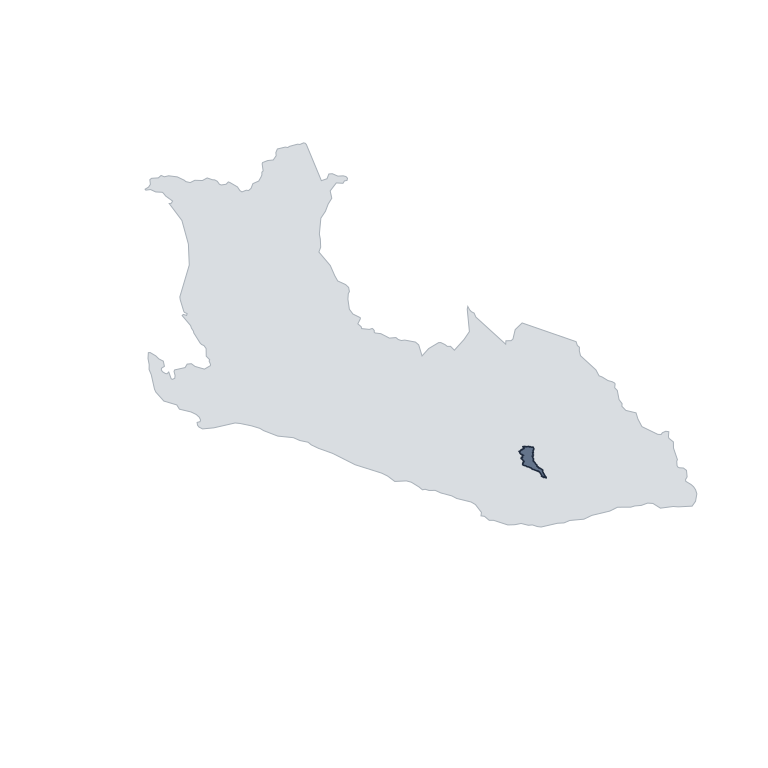 location of Andahuaylas, Apurímac, Peru, rotated 312°
{"feature_id": "86281439B76349531023919", "entity_name": "Andahuaylas", "entity_type": "district", "adm_level": 2, "iso_a3": "PER", "parent_name": "Peru", "parent_adm1": "Apurímac", "projection": "equal_earth", "projection_center": [-73.404, -13.978], "detail": "fine", "context": "in_parent", "style": "filled", "palette": "slate", "viewbox_px": 768, "rotation_deg": 312, "n_neighbors": 0, "source": "geoboundaries", "source_scale": "gbopen_adm2", "svg_char_len": 8304}
<svg xmlns="http://www.w3.org/2000/svg" viewBox="0 0 768 768"><g transform="rotate(312 384 384)"><path d="M512.7,216.9L512.5,219.2L510.5,220.3L508.5,218.7L505.7,219.2L501.5,214.0L491.5,214.8L487.1,220.9L480.4,222.1L473.2,224.9L465.0,226.1L452.1,235.7L449.1,239.7L443.3,245.4L438.5,247.3L436.1,264.8L431.5,275.0L429.6,280.6L432.2,289.0L432.1,293.1L429.5,296.5L427.4,296.9L422.9,300.4L416.4,308.2L415.2,314.1L417.4,321.9L416.6,322.8L411.2,324.3L411.3,328.7L410.2,330.3L414.8,336.6L417.4,338.1L417.5,339.6L417.1,341.2L416.0,341.9L416.0,343.3L419.3,348.0L421.7,357.3L426.5,361.8L426.6,364.8L427.9,367.8L430.5,370.0L436.2,379.3L436.3,383.6L430.3,393.5L440.3,393.5L451.3,396.9L452.8,398.5L454.1,402.9L454.3,405.9L456.5,408.2L456.2,413.7L470.7,413.7L480.1,412.4L495.3,395.8L497.7,394.4L496.4,398.0L496.2,400.6L497.0,403.5L495.2,407.5L495.0,447.8L497.7,445.7L501.3,449.5L503.8,449.7L512.2,445.1L521.8,445.8L544.0,498.4L542.0,501.9L542.1,504.6L539.4,506.9L536.5,511.1L536.3,532.0L534.0,538.3L535.2,541.5L536.4,548.1L538.4,552.1L539.0,554.7L538.7,555.7L535.6,557.9L535.3,561.7L529.7,569.1L528.7,574.1L526.6,575.7L526.2,581.4L531.2,590.6L527.9,596.1L524.9,604.2L529.8,621.2L531.9,623.7L534.1,623.5L537.4,625.0L539.1,627.6L535.0,630.8L534.3,632.2L534.6,637.8L530.1,642.0L524.1,652.7L522.5,653.2L519.4,656.4L518.9,658.0L519.4,659.6L521.9,662.7L522.2,666.6L517.8,671.4L514.8,672.0L513.6,673.3L514.8,679.8L514.8,682.8L513.9,686.3L511.7,690.0L505.3,694.0L499.4,694.7L489.6,684.9L486.5,680.9L476.7,672.5L475.2,663.8L471.9,659.6L465.9,656.4L461.1,651.9L457.6,649.8L448.7,640.0L440.6,636.8L425.5,626.4L417.3,623.0L406.8,613.3L401.2,610.7L396.6,606.1L382.9,596.5L380.7,593.4L378.6,588.6L375.6,585.8L372.1,579.2L367.0,575.4L362.1,570.3L356.0,556.6L353.1,553.4L352.9,547.2L350.9,544.3L353.8,542.3L355.6,532.6L354.6,527.7L347.6,514.7L346.2,509.2L341.1,499.2L339.2,493.2L335.1,488.8L333.3,485.0L331.1,483.4L330.9,478.8L329.3,470.0L327.0,465.5L318.8,457.2L318.0,448.2L316.2,441.9L304.7,416.6L298.0,392.1L292.4,378.5L290.1,370.7L289.9,366.5L285.7,359.3L283.5,352.6L274.2,339.9L268.8,325.7L268.0,321.5L264.3,313.6L258.4,303.5L255.4,299.4L237.6,286.9L229.2,279.2L228.2,275.3L228.6,273.0L230.4,270.8L232.9,272.5L234.5,271.8L235.7,269.0L235.7,264.8L234.1,259.3L228.4,248.8L229.8,244.0L224.0,231.8L225.3,219.9L226.6,216.9L235.2,204.8L237.6,199.7L241.3,196.5L245.0,191.6L249.6,187.9L250.9,189.2L252.2,195.6L252.0,199.9L253.3,204.7L250.2,209.0L246.8,208.1L245.4,209.2L244.9,211.2L245.5,214.5L246.4,215.9L248.9,216.0L245.5,222.3L245.8,223.6L248.2,224.7L250.5,223.1L252.9,219.5L254.4,219.0L263.1,225.2L267.1,224.4L270.2,227.3L270.6,231.8L274.9,240.6L281.4,242.7L282.5,242.0L284.0,238.7L285.4,238.2L285.7,233.3L291.3,228.1L292.1,224.5L291.3,222.0L291.4,220.0L294.7,208.4L295.7,207.2L296.7,203.5L298.0,201.2L299.8,188.2L301.4,188.3L302.9,191.4L304.6,190.6L303.7,187.7L304.0,186.6L310.2,176.3L312.1,174.0L342.1,159.7L357.1,145.0L370.3,124.4L374.4,103.6L375.9,105.0L378.5,104.5L377.6,96.1L378.2,92.1L378.1,90.9L374.0,85.9L372.3,80.4L368.7,77.3L368.9,76.1L372.7,77.3L376.1,76.8L379.1,73.3L381.3,73.6L386.2,78.4L389.8,78.8L391.0,82.1L394.6,84.6L399.6,91.8L401.9,99.6L401.7,101.1L404.0,105.2L408.8,107.1L413.7,112.9L418.8,114.7L421.0,119.9L422.4,121.6L423.1,124.5L422.3,128.0L423.0,129.9L426.8,133.0L430.0,133.1L430.6,134.6L432.4,143.2L431.3,147.5L431.7,149.9L435.9,152.0L437.1,153.9L440.4,154.3L445.2,152.5L451.0,155.1L455.5,154.1L457.6,153.4L459.7,151.5L461.5,151.6L466.1,146.1L467.4,145.6L472.3,148.1L476.4,151.8L481.5,151.1L483.6,148.8L487.3,147.5L494.0,152.1L495.4,154.3L497.3,154.7L504.4,159.3L505.7,161.2L509.4,162.9L510.2,164.4L510.0,166.1L493.2,201.4L498.4,204.3L503.2,202.5L505.7,204.9L507.6,210.6L511.4,214.4L512.7,216.9Z" fill="#d9dde1" stroke="#a8b0b8" stroke-width="1"/><path d="M431.5,530.2L431.4,530.3L431.3,530.5L431.1,530.4L431.0,530.2L430.8,530.1L430.9,529.8L430.7,529.6L430.8,529.4L430.6,529.2L430.4,529.1L430.2,529.4L430.3,529.8L430.1,530.0L430.0,530.3L429.9,530.4L430.0,530.6L430.0,530.9L429.7,531.3L429.5,531.2L429.4,531.1L429.4,530.9L429.0,531.0L428.7,530.8L428.4,530.6L428.2,530.6L427.9,530.5L427.9,530.3L427.7,530.3L427.6,530.5L427.4,530.6L427.2,530.6L427.1,530.4L427.2,530.2L426.9,530.1L426.8,529.9L426.3,530.0L426.1,530.1L425.8,530.1L425.4,530.2L425.2,529.9L425.0,530.0L424.9,530.0L424.7,530.0L424.7,529.8L424.6,529.7L424.4,529.8L424.3,529.7L424.2,530.2L423.9,530.6L423.9,530.9L423.8,531.0L423.6,531.2L423.6,531.4L423.7,531.5L423.6,532.1L423.4,532.3L423.4,532.5L423.5,532.9L423.7,533.3L424.0,533.6L424.0,533.8L424.0,534.2L424.0,534.4L424.1,534.6L424.1,534.8L424.2,535.1L423.6,534.9L423.2,534.7L423.0,534.9L422.9,535.1L423.0,535.3L422.7,535.4L422.7,535.5L422.2,536.0L421.9,535.7L421.7,535.8L421.5,535.6L421.4,535.6L421.2,535.3L421.0,535.5L420.9,535.7L420.8,535.8L420.7,535.8L420.6,535.7L420.3,535.8L420.3,536.0L420.4,536.5L420.6,537.0L420.6,537.4L420.4,537.6L420.3,538.6L420.1,538.8L420.1,539.0L420.1,539.3L420.1,539.5L420.3,539.7L420.3,539.8L420.2,539.9L419.9,539.9L419.7,540.1L419.4,540.0L419.2,540.0L419.0,539.9L418.9,539.8L418.6,539.9L418.7,540.0L418.4,540.2L418.3,540.3L418.1,540.5L417.8,540.6L417.5,540.5L417.2,540.8L417.2,540.7L416.8,541.0L416.9,541.5L416.9,541.9L417.0,542.1L417.1,542.3L417.2,542.8L417.4,543.0L417.5,543.2L417.6,543.4L418.0,543.8L418.1,544.1L418.1,544.4L418.1,544.8L418.1,545.1L418.2,545.3L418.3,545.6L418.3,545.8L418.5,546.1L418.9,546.4L419.0,546.6L419.1,546.8L419.1,547.0L419.3,547.4L419.4,547.7L419.4,548.2L419.7,548.5L419.8,548.8L419.8,549.0L419.9,549.3L419.9,549.5L420.0,549.5L420.0,549.8L419.9,549.9L420.0,550.3L419.9,550.4L419.8,550.6L420.0,550.9L420.1,551.3L420.1,551.6L420.2,551.8L420.2,552.0L420.3,552.1L420.7,552.6L420.8,552.7L420.8,552.8L420.9,553.0L420.9,553.4L421.0,553.5L421.0,553.8L421.1,554.0L421.3,554.5L421.5,554.9L421.6,555.4L421.8,555.6L421.8,555.8L421.9,556.0L422.0,556.1L422.1,556.3L422.3,556.4L422.2,556.6L422.4,556.7L422.4,557.0L422.5,557.1L422.5,557.3L422.4,557.4L422.5,557.5L422.5,557.9L422.7,558.0L422.6,558.9L422.6,559.1L422.5,559.4L422.4,559.6L422.3,559.8L422.1,560.9L422.1,561.0L421.9,561.3L421.7,561.6L421.6,562.1L421.6,562.5L421.5,562.8L421.1,563.0L420.9,563.0L421.0,563.3L421.1,563.5L421.1,563.9L421.2,564.3L421.3,564.5L421.7,564.6L421.7,564.9L421.6,565.2L421.8,565.2L421.9,565.3L422.1,565.5L422.1,565.9L422.1,566.0L422.4,566.2L422.4,566.3L422.5,566.9L422.7,567.1L422.8,567.3L423.2,567.0L423.3,566.9L423.2,566.7L423.2,566.2L423.2,565.8L423.2,565.5L423.6,565.0L423.5,564.8L423.6,564.6L423.7,564.4L423.6,564.2L423.8,564.0L424.0,563.8L424.0,563.6L424.2,563.2L424.3,563.0L424.1,562.5L424.5,561.9L424.8,561.6L424.8,560.9L424.9,560.6L425.3,560.3L425.4,560.2L425.9,559.8L426.2,559.7L426.3,559.4L426.1,559.2L426.1,558.7L426.2,558.3L426.1,558.2L426.1,557.9L426.0,557.6L426.0,556.8L425.8,556.3L425.6,556.2L425.6,555.9L425.6,555.7L425.6,555.4L425.2,555.2L425.2,554.6L425.5,554.6L425.6,554.3L425.5,554.2L425.4,553.9L425.5,553.7L425.3,553.3L425.3,553.2L425.2,553.0L425.2,552.6L425.4,552.5L425.6,552.4L425.7,552.2L425.9,552.2L426.0,552.0L426.0,551.5L426.2,551.4L426.2,551.2L426.1,550.8L426.1,550.4L426.0,550.2L426.1,549.8L426.3,549.5L426.4,549.3L426.5,548.8L426.6,548.7L426.6,548.4L426.6,548.0L426.5,547.9L426.7,547.3L426.8,547.2L426.9,546.9L426.8,546.7L426.6,546.6L427.0,546.1L427.2,545.8L427.5,545.8L427.6,545.6L427.9,545.5L428.4,545.4L428.5,544.8L428.6,544.7L428.6,544.3L428.7,544.2L428.9,543.9L428.9,543.7L429.1,543.4L429.3,542.9L429.4,542.7L429.6,543.0L429.9,543.2L430.0,543.1L430.5,542.8L430.6,542.7L430.8,542.3L431.0,542.2L431.2,542.3L431.2,542.2L431.3,542.1L431.3,541.9L431.5,541.4L431.9,541.1L432.0,541.1L432.4,540.9L432.5,540.6L432.9,541.0L433.0,540.9L433.0,540.7L433.1,540.4L433.4,540.3L433.6,540.5L433.5,540.2L433.7,539.9L433.8,539.9L434.0,539.5L434.3,539.3L434.5,539.3L434.9,539.1L435.1,539.2L435.1,539.3L435.3,539.3L435.5,539.0L436.1,538.8L436.3,538.5L436.3,538.2L436.5,537.9L436.6,537.6L436.8,537.4L436.9,537.2L436.7,536.7L436.3,536.6L436.1,536.4L436.0,536.2L435.8,536.1L435.8,535.9L435.7,535.7L435.4,535.0L435.2,534.8L435.2,534.4L434.8,534.1L434.6,534.3L434.5,534.2L434.4,533.8L434.5,533.5L434.3,533.1L434.1,533.0L434.1,532.9L433.9,532.8L433.7,532.7L433.4,532.5L433.2,532.2L432.8,532.0L432.7,531.7L432.3,531.6L432.2,531.3L432.2,531.1L432.0,530.9L432.0,530.6L432.0,530.4L431.6,530.2L431.5,530.2Z" fill="#64748b" stroke="#1e293b" stroke-width="1.5"/></g></svg>